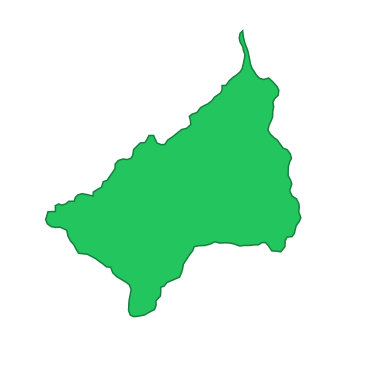 Morro Agudo de Goiás, Goiás, Brazil, rotated 144°
{"feature_id": "56859067B87068855347914", "entity_name": "Morro Agudo de Goiás", "entity_type": "district", "adm_level": 2, "iso_a3": "BRA", "parent_name": "Brazil", "parent_adm1": "Goiás", "projection": "albers", "projection_center": [-50.018, -15.311], "detail": "fine", "context": "isolated", "style": "filled", "palette": "green", "viewbox_px": 384, "rotation_deg": 144, "n_neighbors": 0, "source": "geoboundaries", "source_scale": "gbopen_adm2", "svg_char_len": 2454}
<svg xmlns="http://www.w3.org/2000/svg" viewBox="0 0 384 384"><g transform="rotate(144 192 192)"><path d="M112.5,119.5L111.5,125.0L113.4,129.8L112.2,135.6L106.5,139.9L105.3,143.5L104.6,148.7L102.1,152.1L99.2,155.8L95.6,158.8L91.8,160.7L90.1,165.0L90.1,170.2L92.7,174.3L92.5,177.8L92.5,184.0L93.7,187.7L94.6,192.8L94.2,197.4L90.2,200.9L85.4,203.5L82.5,205.5L79.7,209.3L75.8,213.0L73.9,217.0L70.1,219.0L65.5,219.5L62.0,223.2L61.2,227.6L61.9,233.8L63.0,239.2L67.8,240.8L70.7,244.6L71.1,249.1L70.7,256.7L69.5,261.3L67.7,264.8L66.1,268.4L64.2,272.5L63.2,275.7L61.7,281.3L60.0,285.7L58.4,288.9L56.3,292.6L59.8,292.1L63.3,288.8L64.9,285.2L65.6,279.5L67.3,276.1L68.3,272.2L70.6,269.7L74.4,266.2L79.2,262.1L82.7,260.9L87.5,260.4L91.3,260.7L96.9,260.0L101.8,258.3L105.1,260.5L107.9,256.6L111.1,255.3L118.1,255.5L122.4,254.1L127.4,254.0L131.7,254.8L135.6,255.2L141.3,253.4L146.3,255.0L149.7,254.8L151.1,251.1L153.4,247.2L159.1,246.7L163.7,248.7L171.1,248.3L175.0,248.1L181.2,248.3L186.0,246.5L189.0,248.3L191.5,252.1L190.7,256.6L189.8,260.3L193.6,263.0L197.9,260.8L201.1,259.6L204.8,262.1L214.3,260.7L218.2,256.7L221.4,255.2L225.2,256.2L228.3,259.2L233.1,260.8L237.7,259.8L240.5,256.2L244.6,254.6L250.0,252.8L253.7,251.3L257.8,252.5L262.4,249.0L266.0,249.6L271.8,250.0L274.5,247.0L279.5,252.8L281.9,255.3L286.0,256.7L289.7,256.2L292.6,253.7L297.1,256.9L301.1,256.6L305.1,257.9L306.9,260.7L310.6,261.3L313.9,256.5L316.6,258.4L320.2,260.7L323.9,257.7L326.6,255.8L327.7,251.2L326.3,246.8L323.2,243.5L319.3,241.0L315.8,234.7L318.2,229.4L319.1,224.1L318.6,218.6L319.4,213.7L319.8,209.1L313.4,203.3L309.1,194.7L307.8,190.3L306.5,186.8L305.3,181.8L302.0,179.0L303.6,173.2L302.7,167.8L300.4,162.5L298.4,157.7L297.3,154.0L298.4,149.1L302.9,144.7L306.4,141.5L308.8,138.7L313.0,133.4L314.3,128.6L312.4,125.4L309.5,123.6L302.7,120.4L295.9,119.7L291.4,118.9L287.7,121.4L285.1,125.2L278.6,126.4L275.4,130.3L273.3,133.4L270.0,132.2L265.6,133.5L259.8,132.2L252.1,130.4L248.1,132.9L245.0,135.1L241.5,138.6L236.5,140.5L230.7,142.8L226.1,144.0L222.2,146.5L217.5,144.2L213.0,141.1L207.5,139.1L202.8,138.3L199.5,134.3L194.8,131.3L191.0,128.1L188.3,125.0L185.2,120.3L180.8,117.8L176.7,114.8L172.9,112.8L169.4,110.3L165.2,109.9L162.3,108.0L161.8,103.7L162.0,97.4L158.7,94.7L155.3,91.4L149.0,93.1L145.2,97.8L141.6,99.6L137.3,97.1L133.6,98.3L131.2,100.4L127.6,103.4L122.1,105.3L119.0,107.4L117.3,113.2L114.2,116.6L112.5,119.5Z" fill="#22c55e" stroke="#15803d" stroke-width="1.5"/></g></svg>